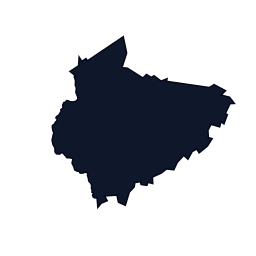 Monroe, Tennessee, United States of America, rotated 122°
{"feature_id": "52423323B41310745386926", "entity_name": "Monroe", "entity_type": "district", "adm_level": 2, "iso_a3": "USA", "parent_name": "United States of America", "parent_adm1": "Tennessee", "projection": "robinson", "projection_center": [-84.153, 35.439], "detail": "fine", "context": "isolated", "style": "filled", "palette": "ink", "viewbox_px": 256, "rotation_deg": 122, "n_neighbors": 0, "source": "geoboundaries", "source_scale": "gbopen_adm2", "svg_char_len": 2298}
<svg xmlns="http://www.w3.org/2000/svg" viewBox="0 0 256 256"><g transform="rotate(122 128 128)"><path d="M110.8,207.2L111.4,200.8L111.6,201.1L112.1,201.1L113.4,200.4L113.6,200.0L115.7,197.6L119.9,195.2L120.7,193.7L122.1,192.6L124.9,191.4L125.7,190.7L128.1,187.4L129.2,186.4L130.4,185.9L132.5,186.3L133.7,187.0L135.5,189.1L135.6,189.6L136.3,190.5L136.6,193.2L137.1,194.3L137.3,194.6L139.3,194.8L140.4,195.9L143.2,195.6L143.6,195.0L145.5,193.9L146.0,193.9L148.1,194.7L148.3,194.5L148.8,193.8L149.8,193.6L153.3,193.5L154.2,193.7L155.2,194.2L156.1,194.6L156.8,194.7L157.3,194.6L157.8,194.3L157.9,193.6L158.2,192.7L158.4,192.5L159.5,192.2L161.2,192.3L161.2,192.5L161.4,192.8L161.7,192.8L163.1,192.3L164.6,192.9L164.9,193.1L166.2,193.3L167.7,192.4L170.4,190.0L170.4,189.4L170.9,188.6L172.7,188.0L173.9,187.7L175.8,186.8L178.1,186.2L179.0,185.6L181.8,182.8L183.7,179.3L185.7,178.1L186.0,177.9L187.2,176.8L187.8,174.9L186.4,172.3L185.8,171.9L184.0,171.3L183.8,171.0L183.8,169.4L184.7,166.8L184.7,166.4L184.8,165.7L185.3,165.0L185.6,164.1L185.0,163.0L184.7,162.9L183.1,158.9L183.3,158.4L183.9,158.1L186.9,157.1L187.3,156.9L188.2,155.8L188.5,155.1L189.6,153.3L191.8,151.0L191.6,148.5L191.1,147.3L190.7,146.7L190.9,146.1L191.6,144.9L191.6,144.6L189.9,142.1L189.6,141.9L188.8,141.7L188.6,141.4L187.8,139.9L187.7,138.8L188.0,138.0L188.9,137.5L189.7,137.3L190.6,136.1L192.4,134.2L193.3,133.7L193.9,132.8L194.1,132.5L194.4,130.9L194.9,129.9L196.0,128.4L198.7,126.9L200.1,125.1L201.5,124.7L201.5,123.4L202.0,122.6L202.5,122.5L203.4,122.6L203.8,122.5L204.9,121.1L205.0,120.0L205.0,119.6L203.8,117.1L211.3,111.5L205.9,110.8L200.7,107.1L198.0,111.8L190.8,101.8L196.0,96.8L195.0,89.3L181.7,92.9L174.6,91.5L170.7,93.3L167.0,89.1L169.0,86.9L166.6,81.6L163.5,82.3L162.0,77.5L156.7,81.3L148.6,75.9L142.3,73.6L140.4,69.6L139.2,67.0L131.0,68.0L121.7,66.2L122.7,60.6L113.9,61.1L109.4,58.5L111.4,54.5L101.2,51.1L92.4,51.0L93.6,54.7L87.6,59.0L80.9,59.5L78.5,50.9L73.3,52.4L73.7,48.8L64.1,50.8L64.1,53.1L53.3,54.4L50.8,50.8L48.1,58.2L50.7,66.5L44.7,65.0L45.6,78.0L50.6,80.5L68.0,120.0L65.5,121.0L70.7,124.8L69.9,133.6L72.7,135.1L72.8,140.7L77.7,141.9L77.6,160.3L80.0,165.1L65.1,168.9L53.1,180.4L92.5,198.0L91.4,200.4L95.9,202.5L93.8,207.0L101.4,202.9L110.8,207.2Z" fill="#0f172a" stroke="#020617" stroke-width="1.5"/></g></svg>